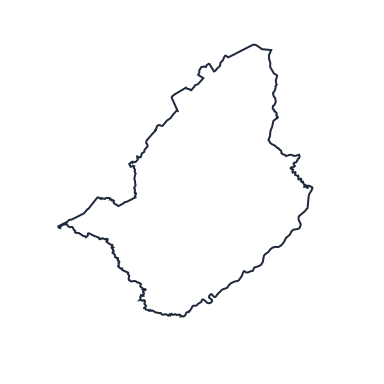 Las Lajas, El Oro, Ecuador, rotated 333°
{"feature_id": "8360857B7040191128771", "entity_name": "Las Lajas", "entity_type": "district", "adm_level": 2, "iso_a3": "ECU", "parent_name": "Ecuador", "parent_adm1": "El Oro", "projection": "mercator", "projection_center": [-80.108, -3.799], "detail": "fine", "context": "isolated", "style": "outline", "palette": "slate", "viewbox_px": 384, "rotation_deg": 333, "n_neighbors": 0, "source": "geoboundaries", "source_scale": "gbopen_adm2", "svg_char_len": 6016}
<svg xmlns="http://www.w3.org/2000/svg" viewBox="0 0 384 384"><g transform="rotate(333 192 192)"><path d="M57.3,161.9L57.0,162.9L58.0,164.3L58.4,164.2L59.0,163.2L60.3,162.8L62.8,162.7L64.3,163.3L65.8,163.0L66.0,165.9L66.4,166.8L67.4,168.0L69.2,168.7L69.6,169.1L69.6,172.5L70.3,173.5L69.5,174.9L69.6,175.3L72.6,177.3L75.3,182.0L76.6,183.0L76.9,184.2L79.3,183.5L80.4,181.8L81.4,182.0L84.8,186.6L88.5,190.6L88.0,191.5L88.4,192.1L89.4,192.6L91.1,192.4L92.9,194.5L95.0,195.1L95.4,195.5L95.1,196.5L94.4,196.9L93.5,196.9L93.2,197.5L95.3,201.5L97.0,203.1L96.2,203.9L96.5,205.0L95.6,204.5L95.2,204.8L95.1,205.7L95.7,206.7L95.6,207.4L95.1,207.7L95.4,209.2L94.8,209.8L94.0,209.7L93.6,210.0L94.7,212.6L94.5,214.0L93.9,215.1L95.0,216.3L94.9,217.1L95.1,217.3L95.5,216.9L96.0,217.3L95.1,218.8L95.2,219.3L94.9,219.7L95.5,220.3L95.5,221.3L94.9,222.1L94.1,222.2L93.4,224.4L92.5,224.5L92.5,225.6L93.2,226.5L93.6,227.8L95.0,228.4L94.4,229.4L94.5,229.9L98.5,234.9L97.7,236.0L98.1,238.0L96.3,240.3L95.8,241.7L96.4,242.2L96.6,243.4L97.4,244.2L99.8,244.9L101.3,245.9L102.0,247.6L102.8,248.0L104.4,249.9L104.7,251.0L103.8,251.5L103.0,252.6L104.1,254.8L104.1,255.6L103.8,256.0L104.4,256.1L104.5,257.1L105.2,257.6L105.6,257.0L106.0,257.0L106.3,258.0L105.1,258.2L103.5,258.1L103.0,258.8L103.2,260.7L101.3,261.4L101.6,262.4L100.6,262.2L100.6,261.8L99.9,260.7L98.3,261.9L97.6,264.0L96.4,264.5L97.5,264.8L97.8,265.7L98.4,265.9L98.8,266.6L100.2,266.6L100.6,267.4L100.5,268.0L99.0,269.8L98.8,270.5L99.2,271.2L99.3,272.7L97.7,273.5L96.8,273.4L96.6,273.8L97.7,274.5L97.5,275.7L99.1,277.0L99.7,278.3L100.1,278.5L100.7,278.0L101.2,278.1L101.7,279.4L103.0,279.7L105.0,282.9L106.5,283.8L107.5,284.9L109.0,285.4L109.4,286.1L109.4,287.2L110.5,288.3L111.9,288.5L113.8,289.6L114.6,291.2L115.9,290.9L115.7,291.7L116.5,292.2L117.3,291.9L118.2,291.1L118.5,291.2L119.0,292.7L120.4,293.2L121.4,293.1L122.4,294.5L123.5,294.8L124.0,295.4L125.0,295.4L125.5,295.8L125.7,296.4L125.2,297.8L127.0,298.1L128.0,299.1L130.0,298.8L132.0,297.0L134.4,296.9L134.6,297.5L135.7,297.1L138.8,295.4L140.1,294.3L141.1,293.9L142.0,294.1L143.5,295.0L144.7,295.1L146.7,294.4L150.2,294.2L152.1,292.6L152.7,292.5L153.6,293.3L155.4,297.9L156.8,298.9L158.1,299.1L159.3,299.0L160.5,298.2L160.8,297.1L159.5,294.5L159.4,293.4L159.9,292.6L161.7,291.8L162.8,291.8L163.2,292.2L164.0,295.4L164.8,296.0L165.7,296.0L168.5,294.6L174.2,292.8L175.5,292.7L178.3,293.2L180.0,293.2L182.7,291.7L184.9,291.0L189.2,291.1L192.5,292.0L193.7,291.9L198.3,289.4L200.7,287.1L202.2,286.2L202.9,286.4L203.4,287.8L204.5,288.8L205.8,289.1L208.1,289.2L210.1,289.8L211.0,289.5L212.5,288.0L213.3,287.6L218.1,288.4L220.4,288.2L223.2,286.6L227.1,281.5L228.8,280.7L232.9,280.1L235.7,278.7L238.6,278.1L241.7,278.9L243.9,280.2L246.5,280.2L248.7,279.5L251.8,278.0L254.6,275.7L259.6,274.5L263.0,272.1L265.2,271.6L269.2,272.9L271.0,273.0L271.8,272.7L273.8,270.8L274.3,270.0L274.4,265.6L274.9,263.9L275.8,262.5L276.7,262.0L283.8,260.4L286.4,259.2L287.3,259.0L287.2,259.5L294.2,248.5L295.5,247.1L299.4,244.7L301.7,242.6L301.2,242.9L301.2,242.3L300.7,242.0L300.0,240.5L299.0,239.5L297.8,239.0L297.1,239.0L297.2,240.7L296.9,240.8L296.3,240.3L296.0,239.2L295.6,238.7L294.3,238.4L294.5,237.9L296.3,237.4L295.3,236.0L295.1,234.6L295.6,233.4L294.4,232.9L294.1,232.2L294.2,231.8L294.9,231.2L295.2,229.8L295.0,229.6L293.6,229.7L292.7,229.2L292.7,228.1L293.6,227.3L294.0,225.7L293.2,225.5L292.8,224.8L291.7,223.8L292.0,222.8L293.0,221.8L293.1,221.2L290.5,220.4L290.6,219.6L292.3,217.9L292.0,217.2L291.0,216.7L291.1,216.0L290.7,215.7L290.9,215.3L291.5,215.2L294.6,215.8L295.4,215.6L295.2,213.2L295.4,212.8L296.6,212.3L297.9,212.8L298.7,212.7L299.8,211.8L300.4,211.6L301.2,210.6L302.8,210.5L304.2,208.9L304.2,207.4L303.9,207.5L300.2,206.6L298.7,205.7L297.8,204.3L296.1,203.3L292.1,202.6L291.5,201.0L290.0,199.6L289.9,198.6L289.3,198.2L289.9,196.4L290.0,195.2L289.2,194.0L288.8,192.1L288.3,192.0L286.5,187.6L284.9,185.7L283.8,183.1L284.1,181.0L283.8,180.3L286.9,177.6L289.1,174.0L290.6,172.3L292.9,170.4L296.7,165.7L298.9,165.1L301.7,164.9L302.4,164.3L301.6,163.7L302.0,163.1L302.1,161.6L302.8,161.4L303.2,159.8L302.8,158.9L302.9,158.3L302.0,157.6L302.4,155.9L301.7,154.8L301.8,154.3L303.1,152.1L304.8,152.0L307.7,149.5L308.8,145.9L308.2,144.2L308.6,142.0L309.2,140.5L311.3,139.6L313.8,137.2L314.3,135.8L316.2,134.9L316.3,133.5L317.4,130.5L320.6,127.2L320.5,126.1L318.8,123.6L318.4,116.1L320.5,112.2L320.9,109.0L322.6,105.1L327.0,101.5L318.9,96.3L318.4,94.8L315.7,90.1L314.5,89.0L313.6,88.7L312.8,88.5L285.6,88.5L285.2,88.3L284.5,86.6L283.5,85.6L281.5,86.7L280.1,88.1L278.7,88.9L276.1,89.8L274.1,92.4L269.7,93.6L268.4,94.4L267.1,94.6L266.3,94.5L265.7,85.8L265.1,85.4L262.8,85.6L261.1,86.9L260.7,86.7L259.8,85.7L257.2,84.9L253.7,86.9L252.7,89.0L250.6,90.4L253.8,95.7L253.4,95.9L246.3,98.6L242.9,98.3L241.6,99.4L239.7,100.0L237.7,101.0L237.0,100.8L236.5,99.3L234.5,97.8L234.1,96.3L221.3,97.1L217.7,97.8L216.7,98.7L216.0,113.1L215.3,112.5L209.8,114.6L206.6,116.4L202.0,117.0L196.1,119.6L195.3,119.5L192.6,117.1L190.5,117.6L189.7,118.8L189.0,118.9L188.3,119.9L187.5,120.0L187.7,120.6L187.3,120.8L185.1,121.4L175.2,125.4L173.8,126.8L173.4,127.7L173.7,129.7L173.1,131.2L169.0,132.8L167.7,134.6L164.9,134.8L162.2,137.6L160.9,137.4L159.4,135.4L158.9,135.9L158.5,138.5L155.9,139.5L155.1,139.6L153.3,138.4L152.2,139.1L152.1,137.9L150.7,138.0L149.5,138.7L148.8,138.6L148.7,141.6L151.5,142.2L152.2,142.8L151.2,144.0L151.3,146.4L150.2,147.7L150.2,149.8L147.0,153.4L145.5,158.2L145.0,159.1L144.9,160.2L144.1,161.0L143.0,161.4L142.2,162.4L142.5,163.4L140.6,166.9L141.3,167.2L141.4,167.9L139.9,169.5L139.2,169.8L139.3,171.1L129.5,171.1L127.3,170.5L126.2,171.0L120.1,171.2L118.8,168.9L118.0,168.0L117.4,166.6L117.4,165.6L118.4,164.6L118.2,163.9L117.7,163.2L116.8,163.3L116.5,161.8L115.5,161.4L116.2,160.7L115.8,159.9L115.2,159.4L114.0,159.1L112.7,158.3L111.2,158.6L108.4,156.3L108.0,156.9L106.9,155.8L106.3,154.5L105.0,154.0L92.5,159.8L91.1,159.9L85.9,162.0L72.2,161.9L70.0,161.1L67.3,161.9L57.3,161.9Z" fill="none" stroke="#1e293b" stroke-width="2"/></g></svg>